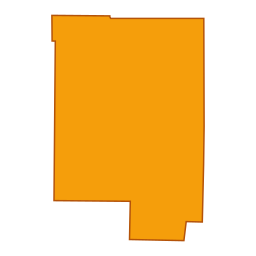 Crawford, Missouri, United States of America
{"feature_id": "52423323B82106170335401", "entity_name": "Crawford", "entity_type": "district", "adm_level": 2, "iso_a3": "USA", "parent_name": "United States of America", "parent_adm1": "Missouri", "projection": "mercator", "projection_center": [-91.306, 37.954], "detail": "fine", "context": "isolated", "style": "filled", "palette": "amber", "viewbox_px": 256, "rotation_deg": 0, "n_neighbors": 0, "source": "geoboundaries", "source_scale": "gbopen_adm2", "svg_char_len": 312}
<svg xmlns="http://www.w3.org/2000/svg" viewBox="0 0 256 256"><path d="M109.8,15.9L51.9,15.4L52.1,41.0L55.3,41.1L54.0,200.6L130.3,201.3L129.5,239.5L183.9,240.6L186.2,221.6L202.3,222.0L203.6,164.7L204.1,126.6L203.8,18.4L110.6,18.4L109.8,16.7L109.8,15.9Z" fill="#f59e0b" stroke="#b45309" stroke-width="1.5"/></svg>